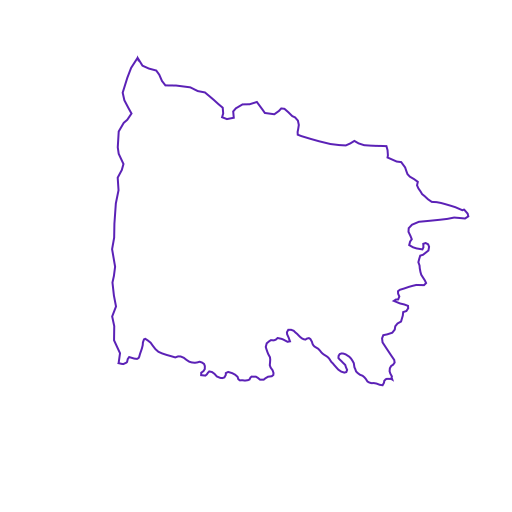 Grodno, Grodno, Belarus, rotated 21°
{"feature_id": "67162791B13547290723272", "entity_name": "Grodno", "entity_type": "district", "adm_level": 2, "iso_a3": "BLR", "parent_name": "Belarus", "parent_adm1": "Grodno", "projection": "natural_earth1", "projection_center": [24.107, 53.67], "detail": "fine", "context": "isolated", "style": "outline", "palette": "violet", "viewbox_px": 512, "rotation_deg": 21, "n_neighbors": 0, "source": "geoboundaries", "source_scale": "gbopen_adm2", "svg_char_len": 4489}
<svg xmlns="http://www.w3.org/2000/svg" viewBox="0 0 512 512"><g transform="rotate(21 256 256)"><path d="M433.6,138.1L432.3,139.3L429.7,139.2L424.6,139.0L419.7,139.3L413.7,139.8L409.7,140.2L405.3,141.0L400.7,142.5L396.2,141.4L392.0,139.7L388.9,138.7L386.5,136.8L383.4,134.7L381.0,132.3L380.5,128.8L376.1,127.6L371.2,126.8L368.1,125.3L365.9,122.8L363.5,119.9L357.9,116.3L353.5,117.4L347.5,117.1L343.5,116.9L343.1,114.8L340.9,110.1L338.4,106.7L334.0,108.2L328.5,110.2L323.4,111.9L317.2,113.8L311.4,114.1L306.6,113.3L303.7,117.1L300.2,120.6L294.0,122.6L285.3,124.8L273.6,126.3L265.0,127.1L255.4,127.8L251.5,127.8L250.4,125.3L249.9,122.4L249.0,118.3L246.6,114.6L242.8,112.6L239.7,112.4L234.7,110.2L229.8,108.4L226.7,109.2L225.4,112.4L222.3,117.1L213.0,119.3L209.9,117.2L201.6,111.9L195.7,116.6L189.1,119.3L184.3,125.3L182.9,129.2L185.7,134.9L179.8,138.6L174.6,138.6L174.3,134.7L171.8,129.5L166.3,127.6L160.4,125.3L149.7,121.6L142.5,122.9L134.2,122.1L120.3,125.5L110.3,129.2L105.5,126.3L100.7,121.4L96.4,118.6L88.8,119.4L81.8,119.0L74.8,113.7L74.9,114.1L74.4,113.6L72.0,125.1L72.0,135.7L73.0,151.3L77.3,157.8L83.8,163.5L88.7,167.6L87.0,175.0L84.8,179.1L83.2,188.9L88.0,204.1L91.2,209.8L99.3,217.6L99.9,223.8L98.8,232.4L104.1,243.9L106.3,257.1L112.2,276.5L117.0,289.7L119.2,301.2L128.3,316.5L130.5,325.6L131.5,332.2L137.5,343.8L143.4,353.3L143.4,358.2L143.4,364.0L148.8,372.3L153.7,385.6L163.9,395.5L166.1,405.1L166.1,405.3L168.1,405.0L169.5,404.8L170.9,404.4L173.2,402.0L173.6,401.1L173.2,398.2L173.8,395.8L179.1,395.4L181.8,394.7L182.9,393.4L183.1,392.1L182.8,388.9L182.7,385.5L182.6,383.1L182.2,379.9L181.4,377.2L181.3,374.0L182.3,373.0L185.2,373.6L188.7,374.7L191.7,376.7L195.5,379.0L199.2,380.4L203.3,380.6L207.9,380.4L212.1,380.0L217.0,379.6L219.3,377.6L221.7,376.8L225.1,376.9L228.3,377.9L231.6,378.6L234.1,378.4L237.2,377.6L239.3,376.4L241.3,374.9L243.8,374.8L246.2,375.4L247.7,377.1L248.7,379.9L248.2,382.3L246.7,384.6L247.5,386.9L251.6,385.8L252.5,384.2L252.9,382.4L253.7,380.5L256.6,380.1L259.5,380.9L262.6,382.5L266.4,382.6L268.4,382.0L270.0,380.7L270.4,377.9L269.8,376.1L271.6,374.2L275.8,373.9L279.1,374.3L282.1,375.4L283.6,377.3L285.4,377.9L288.0,376.8L290.3,376.3L293.0,374.8L294.2,373.6L294.4,371.5L295.1,370.2L299.1,368.7L301.4,369.1L304.1,370.0L307.5,368.7L308.6,366.8L310.5,364.4L313.8,362.6L314.8,360.9L314.3,359.0L312.5,356.8L309.6,354.9L308.0,353.0L307.3,350.5L306.4,347.6L305.3,345.5L302.6,343.2L301.1,341.6L299.0,339.1L297.7,337.4L297.3,333.7L298.9,330.8L300.1,329.2L302.8,328.4L304.4,327.1L305.6,324.8L309.6,324.2L311.3,324.2L316.2,324.8L318.3,323.5L315.8,320.6L313.1,317.9L312.2,316.1L312.6,313.3L315.2,312.3L318.0,312.3L320.0,313.2L322.4,314.0L324.5,315.0L326.3,315.8L328.6,316.5L330.5,316.6L332.1,316.3L333.2,314.8L334.8,313.7L336.5,314.0L339.0,316.1L340.2,317.7L341.5,318.8L342.9,319.5L344.4,319.8L347.3,320.3L349.8,321.5L351.4,322.5L353.0,323.2L354.7,323.7L357.3,324.2L359.0,324.6L361.0,325.5L362.5,326.6L364.3,327.9L366.2,328.7L368.1,329.8L371.2,331.4L373.6,332.6L377.0,333.4L380.3,333.2L381.9,332.0L381.9,329.7L380.0,327.8L378.3,325.7L375.0,324.3L373.8,323.7L370.9,322.5L369.5,321.7L368.9,319.6L369.3,317.6L370.8,316.3L372.5,315.8L374.9,315.7L379.2,316.6L381.5,317.7L383.7,319.3L385.7,321.0L386.5,322.4L387.0,323.3L387.9,324.8L389.0,325.8L390.8,327.9L392.8,328.8L395.6,329.6L398.4,329.6L400.7,330.4L402.7,331.5L405.0,333.2L406.7,333.5L409.1,333.4L411.6,332.4L414.2,331.9L417.6,331.9L420.5,331.3L420.9,328.4L420.5,326.6L421.3,324.6L422.2,323.8L426.3,322.3L427.5,322.5L426.1,320.8L426.0,319.7L423.6,317.7L422.0,315.7L421.2,312.8L421.6,310.2L423.0,308.3L423.6,305.8L422.3,303.5L418.1,300.6L410.5,295.2L405.1,291.3L403.2,287.7L403.2,284.3L406.5,282.2L410.7,278.8L411.9,275.0L411.2,271.7L412.3,268.3L414.9,265.2L414.4,259.0L413.5,255.6L416.1,253.5L416.8,250.3L415.8,248.1L411.9,248.1L407.4,248.7L400.8,248.5L402.2,246.5L404.3,245.6L404.3,242.4L402.2,240.3L401.2,238.0L402.4,236.0L405.9,233.3L409.7,230.1L412.8,227.8L416.0,225.6L423.3,223.0L424.5,220.3L422.4,218.3L419.4,216.1L417.0,214.3L415.2,211.9L413.3,208.8L412.1,206.3L409.8,203.6L409.4,200.1L409.2,196.8L411.5,195.0L413.4,191.8L415.0,189.1L414.3,185.4L412.5,183.4L409.7,183.1L407.8,184.7L409.2,187.9L409.0,190.2L403.1,191.4L399.4,191.6L395.1,190.9L394.7,187.3L395.4,184.5L393.0,181.9L389.7,178.8L388.6,175.3L390.4,170.9L395.8,165.7L406.1,160.6L415.2,156.0L421.3,152.8L427.2,149.1L431.6,147.8L437.7,146.1L440.0,142.9L438.4,140.6L433.7,138.1L433.6,138.1Z" fill="none" stroke="#5b21b6" stroke-width="2"/></g></svg>